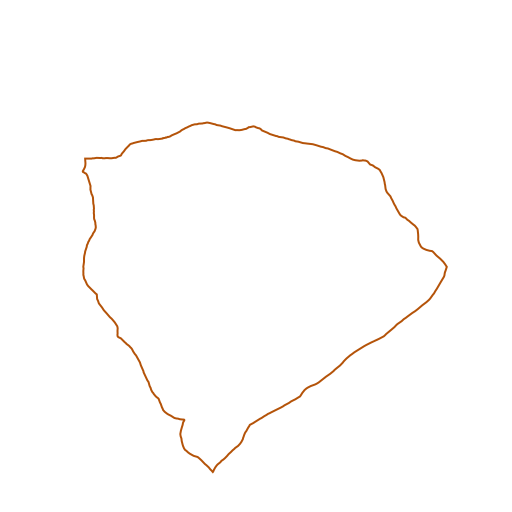 outline of Haykota, Gash Barka, Eritrea, rotated 151°
{"feature_id": "51966322B40149499398016", "entity_name": "Haykota", "entity_type": "district", "adm_level": 2, "iso_a3": "ERI", "parent_name": "Eritrea", "parent_adm1": "Gash Barka", "projection": "orthographic", "projection_center": [37.006, 15.215], "detail": "fine", "context": "isolated", "style": "outline", "palette": "amber", "viewbox_px": 512, "rotation_deg": 151, "n_neighbors": 0, "source": "geoboundaries", "source_scale": "gbopen_adm2", "svg_char_len": 6093}
<svg xmlns="http://www.w3.org/2000/svg" viewBox="0 0 512 512"><g transform="rotate(151 256 256)"><path d="M94.4,154.0L94.6,157.1L95.0,160.1L95.3,161.1L96.2,164.3L97.5,167.7L98.0,169.1L99.1,173.7L99.7,175.0L101.5,176.3L104.0,178.7L106.0,181.3L106.6,182.4L107.0,183.4L107.2,184.4L107.1,188.7L106.5,190.9L106.3,191.5L104.7,194.3L103.7,196.3L102.0,200.3L101.7,201.4L102.1,204.1L102.5,205.9L102.9,206.6L104.3,210.1L105.1,212.5L106.1,214.4L106.6,216.4L107.1,217.4L108.1,218.2L108.9,219.6L109.8,221.5L110.0,223.1L110.1,229.6L109.9,231.8L110.0,233.9L109.9,236.0L109.7,237.9L109.7,241.1L109.5,243.0L110.5,247.6L110.6,249.1L110.2,251.6L109.8,252.7L108.7,255.4L108.4,256.6L107.7,258.4L107.3,259.9L106.4,263.2L106.2,265.4L106.0,267.7L106.1,269.9L106.0,270.9L106.1,271.2L106.6,272.6L107.2,273.6L108.8,275.9L109.8,278.4L110.1,278.6L110.4,279.2L111.5,280.3L111.8,280.7L111.9,281.0L112.6,284.6L113.4,285.7L114.0,286.4L114.6,286.8L115.1,287.1L116.2,288.0L117.0,288.1L117.9,288.5L119.4,289.2L122.8,291.7L124.6,293.4L126.1,295.5L127.6,297.9L129.3,300.2L130.8,303.0L132.5,304.9L134.4,307.6L136.2,309.4L139.3,313.1L141.0,315.2L142.8,316.6L144.4,318.6L146.3,320.2L149.3,323.4L152.1,326.2L153.6,327.3L156.7,329.5L157.9,330.4L160.3,332.1L163.6,335.5L166.0,337.3L166.6,338.3L168.9,340.3L169.5,341.1L170.7,342.3L171.3,343.1L173.0,344.5L174.6,346.4L178.3,349.1L179.6,350.8L180.2,351.1L181.5,352.5L184.8,356.0L186.1,358.1L189.9,362.9L190.3,364.5L190.6,365.2L191.2,366.1L192.1,366.8L193.6,368.5L194.3,369.7L195.5,370.7L198.7,371.6L200.0,372.2L200.9,372.0L203.1,372.0L204.4,372.5L207.3,373.2L209.4,374.0L212.1,375.6L212.8,375.9L213.3,376.3L217.0,380.4L218.9,382.3L222.9,386.1L223.9,387.3L226.9,389.6L227.9,391.0L229.0,391.9L231.7,394.5L233.7,396.2L234.5,396.6L236.6,397.2L237.2,397.5L239.0,398.0L239.9,398.5L241.9,399.5L243.6,399.8L245.9,400.9L248.9,401.6L250.3,401.6L251.6,401.8L254.4,401.9L255.7,402.1L257.6,402.0L258.7,402.1L260.2,402.1L262.0,401.7L266.0,401.8L268.4,402.1L271.6,402.4L272.8,402.2L273.3,402.3L274.7,402.5L275.6,403.0L276.9,403.0L277.1,403.1L277.4,403.4L278.3,403.4L280.0,404.1L280.4,404.2L280.7,404.0L283.1,404.9L285.1,405.7L286.8,406.8L287.9,407.2L288.5,407.3L290.7,408.0L292.5,408.7L293.7,409.4L295.0,409.9L296.4,410.1L299.8,411.9L301.9,412.4L304.6,413.2L308.4,414.2L309.4,414.3L310.7,414.7L312.3,414.7L312.9,414.5L313.4,414.2L314.3,414.0L318.3,412.8L320.8,411.6L323.8,410.5L325.1,409.6L325.7,409.4L328.5,409.9L330.4,409.8L331.1,409.9L332.4,410.6L334.9,411.5L335.9,412.0L338.3,413.6L339.7,414.4L340.9,414.8L342.7,415.8L343.3,416.5L345.2,417.5L347.8,419.1L350.4,420.0L351.7,420.7L352.6,420.9L358.2,424.0L358.4,423.6L358.9,422.6L360.2,419.8L361.2,418.2L362.4,416.8L363.6,415.9L364.6,415.2L365.5,414.7L366.4,414.1L366.6,413.5L366.4,413.1L365.9,412.5L365.6,411.7L364.7,410.4L364.6,409.3L364.6,407.8L366.8,397.4L367.4,396.5L368.1,395.2L368.6,394.4L369.8,389.9L369.8,388.5L370.2,386.3L372.9,380.7L373.4,378.9L374.9,375.7L375.5,375.1L375.8,374.3L376.4,373.1L377.1,372.2L377.4,371.1L377.7,370.7L378.0,369.9L378.4,369.2L378.8,368.6L379.6,366.9L379.9,364.8L380.4,363.0L381.1,361.6L381.3,360.8L382.0,359.2L382.3,358.6L383.3,357.5L385.2,355.9L386.9,355.1L387.9,354.5L388.6,353.8L391.6,352.2L393.1,351.5L394.7,350.2L395.6,349.8L397.3,348.3L398.4,347.6L398.8,347.2L399.6,346.1L403.2,342.8L404.0,341.7L406.1,339.4L407.4,337.6L409.3,334.2L412.2,330.4L412.6,329.5L412.7,329.0L414.3,326.6L415.6,324.1L416.2,323.1L416.3,322.5L417.2,319.8L417.3,319.3L417.2,317.5L417.6,313.0L417.3,310.8L417.0,309.9L416.1,306.6L415.7,305.4L414.4,300.8L413.9,299.8L413.9,299.5L415.8,295.4L415.9,293.4L416.4,290.7L415.6,285.5L415.4,282.4L414.4,278.1L413.4,273.2L412.7,271.3L412.2,269.0L411.7,266.4L411.4,261.8L411.6,261.1L412.0,259.9L413.4,257.7L414.7,255.2L415.3,254.4L415.9,253.1L415.9,252.4L415.7,251.7L414.1,249.5L412.6,244.2L412.1,243.0L411.9,241.9L410.8,239.5L410.4,238.4L410.2,237.2L409.8,236.1L409.6,234.6L409.7,232.1L409.5,229.1L409.1,227.2L409.1,224.8L409.1,223.5L409.1,219.2L409.7,216.3L410.3,209.8L410.7,208.7L411.3,199.9L411.1,197.9L412.0,194.1L412.1,193.3L412.1,191.8L412.4,190.6L412.6,189.3L412.6,186.9L412.3,186.0L412.3,184.8L412.1,183.8L411.7,181.8L411.2,180.4L410.7,179.4L410.4,178.3L411.0,174.4L411.0,172.9L411.7,168.8L411.6,168.2L411.9,166.3L411.4,164.0L410.3,161.4L409.5,159.9L407.9,157.6L405.9,153.9L404.3,152.4L403.1,151.6L401.8,150.2L399.4,148.5L398.4,147.9L398.2,147.6L398.2,147.3L398.5,146.9L399.8,146.2L400.8,145.4L402.0,143.9L403.5,142.5L406.3,139.7L408.5,137.0L409.3,134.9L409.7,132.6L410.7,130.1L411.6,126.7L411.9,125.3L412.2,122.7L412.1,121.4L412.0,120.7L411.4,119.5L410.9,118.0L410.7,117.3L409.8,115.3L407.9,112.2L407.2,111.2L406.1,110.1L405.7,109.7L404.5,108.5L403.7,106.5L402.8,103.8L401.5,98.8L400.8,97.1L399.8,94.0L399.4,91.5L398.9,89.9L398.5,88.0L398.0,88.2L396.3,89.5L394.2,90.8L392.1,91.8L390.7,92.3L387.2,92.9L385.5,93.6L383.3,93.8L381.3,94.2L378.3,95.1L376.0,96.0L373.4,96.6L372.6,96.8L370.7,97.4L368.5,97.8L367.3,98.2L363.7,98.6L360.7,99.6L359.8,100.1L358.9,100.5L356.3,102.2L355.3,103.3L354.5,103.9L353.5,104.9L351.5,106.5L350.3,107.2L349.5,107.5L345.7,109.9L344.7,110.3L343.6,111.1L343.1,111.3L339.0,111.2L338.6,111.3L331.1,111.7L329.8,111.6L326.4,111.9L324.0,111.9L322.1,112.1L320.2,111.9L318.5,111.9L316.5,111.8L313.9,111.7L307.7,111.4L304.9,111.4L303.7,111.6L298.3,111.5L295.9,111.8L293.0,111.7L291.2,111.6L287.0,111.8L286.1,111.8L285.7,111.8L284.6,112.3L281.7,113.9L279.7,114.7L278.6,115.2L276.1,115.7L274.4,115.8L271.1,115.7L266.7,115.0L264.9,114.9L262.5,115.0L253.4,116.5L248.2,117.0L243.8,117.8L242.8,118.2L240.3,118.7L235.6,119.5L231.7,120.7L230.7,121.2L228.9,121.8L226.5,122.5L221.5,123.5L220.1,123.6L216.6,124.1L205.1,124.7L202.5,124.7L197.1,124.5L188.5,123.9L183.1,123.8L181.4,124.2L179.8,124.7L172.9,126.0L169.4,126.7L167.0,127.5L165.4,127.9L160.2,128.4L157.5,129.1L154.8,129.3L153.0,129.6L146.9,130.4L143.6,130.6L140.3,131.1L134.4,132.3L129.3,133.0L126.2,133.7L124.4,134.3L120.0,136.4L118.6,136.9L115.8,138.6L114.0,139.5L111.3,141.1L107.1,143.6L102.6,146.2L101.6,146.8L100.6,147.7L99.7,148.9L98.7,150.1L97.5,151.1L94.4,154.0Z" fill="none" stroke="#b45309" stroke-width="2"/></g></svg>